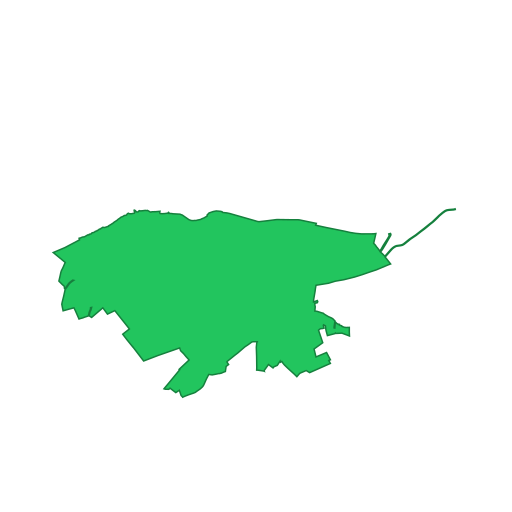 outline of Ikšķile, Ikskiles, Latvia, rotated 141°
{"feature_id": "27541924B16568384003346", "entity_name": "Ikšķile", "entity_type": "district", "adm_level": 2, "iso_a3": "LVA", "parent_name": "Latvia", "parent_adm1": "Ikskiles", "projection": "mercator", "projection_center": [24.5, 56.833], "detail": "fine", "context": "isolated", "style": "filled", "palette": "green", "viewbox_px": 512, "rotation_deg": 141, "n_neighbors": 0, "source": "geoboundaries", "source_scale": "gbopen_adm2", "svg_char_len": 6119}
<svg xmlns="http://www.w3.org/2000/svg" viewBox="0 0 512 512"><g transform="rotate(141 256 256)"><path d="M71.9,166.7L71.6,167.4L72.2,167.6L73.1,168.1L76.7,170.6L78.3,171.5L79.1,171.9L79.8,172.1L80.7,172.3L81.7,172.4L83.9,172.5L88.4,172.4L90.4,172.2L96.4,171.7L97.4,171.6L100.6,171.7L104.2,171.7L107.9,171.7L112.2,171.8L118.6,171.9L126.2,172.6L133.9,172.6L134.3,172.7L135.3,172.9L136.7,173.5L139.2,175.0L140.4,175.7L142.1,176.2L143.7,176.4L145.5,176.4L147.4,176.2L156.0,174.7L156.2,176.5L156.3,177.7L156.4,178.5L156.6,179.6L156.8,180.2L156.8,180.9L156.8,181.1L156.1,180.9L155.4,181.0L153.1,181.7L148.0,183.5L138.4,187.2L138.0,187.5L137.6,188.5L137.4,188.4L137.3,188.9L138.9,189.6L139.1,189.1L139.9,187.8L143.7,186.4L147.1,185.3L150.6,184.1L154.9,182.4L156.4,182.2L156.6,182.3L156.5,186.2L156.6,186.4L156.5,188.0L156.4,189.0L156.4,189.8L156.4,190.1L156.6,191.8L148.7,198.0L150.9,199.4L160.0,206.7L164.3,210.9L168.0,215.0L171.7,219.7L183.4,233.8L190.3,242.4L188.6,243.4L191.3,246.7L196.3,252.8L199.4,256.6L200.5,257.7L205.8,262.0L216.6,271.0L217.6,271.7L218.6,272.3L226.0,276.9L231.8,280.6L232.5,281.2L233.4,282.3L234.4,283.8L249.7,305.6L251.5,307.8L252.9,309.2L254.4,310.7L254.6,311.0L254.5,311.5L254.5,311.8L255.4,313.0L258.5,316.0L261.3,317.5L265.4,319.0L268.3,318.6L268.7,317.8L269.3,317.8L270.8,318.1L272.4,318.3L273.0,318.5L274.6,319.0L275.7,319.2L276.1,319.3L277.3,319.9L279.0,320.8L280.0,321.2L280.6,321.6L281.1,322.1L282.5,323.0L283.2,323.6L283.7,324.1L284.1,324.5L284.3,324.7L284.5,325.2L285.2,326.3L287.5,334.2L288.3,335.5L288.6,336.1L288.9,336.5L294.1,341.2L294.7,342.0L295.1,342.3L295.4,342.6L297.0,344.0L296.4,344.6L296.5,345.0L297.6,344.8L298.7,345.5L300.2,346.4L302.0,347.7L303.8,349.3L303.8,349.7L303.6,350.2L302.9,350.9L302.5,351.2L302.8,351.4L306.1,353.6L307.4,354.6L308.9,355.8L310.2,356.3L310.6,357.1L311.1,358.4L311.7,359.8L312.6,360.3L313.3,361.1L316.2,362.9L317.6,363.9L317.9,364.5L318.4,364.8L319.1,364.4L320.1,364.6L320.9,365.3L321.2,365.9L321.2,366.9L321.3,367.5L321.6,368.2L321.9,368.3L322.4,367.5L322.9,366.2L323.6,365.8L324.8,366.5L326.0,367.1L327.2,368.0L328.1,369.0L328.3,369.6L329.4,369.8L329.9,369.6L330.6,369.4L330.9,369.3L332.0,369.8L332.9,370.4L334.1,370.4L336.9,371.2L338.0,371.1L340.0,371.3L341.5,371.2L345.2,371.6L345.4,371.5L345.9,371.6L346.4,371.5L346.8,371.5L347.5,371.7L348.3,371.7L351.5,372.2L352.1,371.9L352.9,372.4L354.0,372.7L354.6,372.9L354.8,373.1L355.7,373.4L356.1,373.7L356.9,374.7L357.8,374.8L359.0,375.0L359.8,374.9L360.9,375.5L361.6,375.4L362.7,375.5L363.5,375.8L363.9,375.6L365.4,376.3L366.6,376.2L367.9,376.7L368.8,377.2L370.4,377.0L371.8,377.8L372.1,377.6L372.6,377.6L373.5,378.3L377.3,378.9L378.7,379.8L380.1,380.3L381.2,380.5L382.2,381.2L382.4,381.1L383.0,379.6L399.2,382.8L411.4,386.3L408.3,371.0L409.1,370.7L412.1,369.1L414.1,368.1L416.6,367.0L417.5,366.4L418.6,365.6L419.8,364.6L421.3,363.4L422.6,362.4L423.1,362.0L424.0,361.3L424.8,360.7L425.0,360.4L425.0,360.2L424.8,358.7L424.5,355.7L424.1,353.4L424.1,353.2L424.2,352.9L424.9,351.9L425.2,351.5L425.2,351.0L424.9,351.0L423.2,351.3L419.1,352.5L418.5,352.6L417.5,352.7L415.2,352.7L413.6,352.6L413.0,351.8L415.2,352.0L417.5,352.0L418.3,351.9L418.8,351.8L423.1,350.6L424.8,350.2L425.3,350.3L425.4,350.1L427.5,348.4L430.5,346.0L435.8,342.0L437.3,340.7L438.6,338.3L440.4,334.8L434.6,332.3L430.1,330.3L430.8,327.2L433.2,318.4L432.8,318.3L431.8,317.9L430.2,317.2L429.6,316.9L427.9,316.4L424.0,314.9L421.5,316.9L420.8,317.4L420.1,317.8L419.0,318.4L418.2,318.8L417.1,320.0L416.1,319.5L417.8,318.2L418.6,317.7L419.8,317.2L420.4,316.8L421.1,316.3L423.3,314.5L422.9,313.2L422.6,312.2L422.4,311.7L407.7,312.1L407.7,310.7L408.0,304.3L400.1,302.4L400.2,288.2L400.3,279.0L408.8,279.1L408.9,276.2L409.0,271.6L409.0,268.1L409.0,262.9L408.9,262.9L409.2,252.2L409.4,245.1L394.9,240.4L373.2,232.6L374.2,229.9L373.9,227.0L373.8,226.9L373.8,226.0L373.7,225.1L373.7,222.1L373.5,218.7L373.5,217.3L387.1,216.3L387.1,216.2L386.9,215.6L405.1,211.9L410.2,210.9L411.1,210.7L410.3,209.5L407.8,207.4L406.9,207.2L406.0,207.4L404.3,200.3L400.1,199.9L402.0,194.7L401.8,193.0L401.9,192.4L400.3,192.0L398.9,191.6L397.7,191.2L395.8,190.6L392.3,189.3L390.7,188.7L389.0,188.2L386.7,188.1L382.9,187.8L380.1,188.0L379.5,188.1L378.4,188.4L376.5,189.3L372.0,191.6L368.1,193.3L367.3,193.7L364.9,191.2L362.7,190.0L359.0,188.1L358.4,187.6L356.5,186.7L354.2,186.1L352.5,185.5L348.7,189.0L345.6,188.9L345.3,191.9L345.2,192.1L344.9,192.2L340.5,192.2L334.8,192.2L331.1,192.1L321.9,192.4L317.7,192.0L313.4,191.8L312.2,191.2L309.0,188.6L310.3,187.8L313.2,184.9L318.7,177.6L325.8,168.6L327.3,166.9L326.7,166.4L323.1,162.5L322.7,162.0L322.2,161.5L322.1,161.3L322.0,161.6L321.5,161.9L314.6,163.8L313.2,158.3L311.7,158.6L308.3,157.6L303.3,159.2L303.7,158.0L302.3,157.8L302.5,155.9L302.5,153.8L302.4,152.6L301.9,148.6L300.6,140.1L300.2,136.5L296.3,137.2L295.4,137.2L289.1,135.4L287.7,131.6L265.8,125.7L265.2,129.0L263.5,128.5L261.9,136.6L272.9,139.8L269.4,147.2L258.7,146.6L254.1,159.0L251.7,159.0L250.2,157.9L248.6,157.1L247.3,159.8L246.8,160.0L246.0,158.0L247.8,155.2L248.7,153.5L250.6,149.2L243.7,146.1L242.9,146.2L243.0,145.8L237.8,142.0L234.9,137.1L233.7,135.0L231.4,138.1L228.4,141.8L230.9,143.7L232.1,144.9L233.6,147.3L233.3,147.8L234.7,149.9L234.2,150.4L235.2,151.6L235.4,152.1L235.7,153.1L235.8,154.7L238.3,152.3L240.1,150.4L240.6,151.0L239.9,151.8L237.4,154.1L236.2,155.3L235.5,155.8L235.8,159.0L236.4,160.5L237.9,163.4L239.5,167.7L239.7,169.1L240.9,170.8L242.4,173.1L243.3,174.5L244.9,176.2L241.9,179.3L241.2,180.7L240.1,182.2L237.7,181.1L236.7,181.7L236.4,182.8L240.2,184.1L239.0,185.5L232.4,191.3L230.2,193.4L227.8,195.5L216.8,189.2L210.2,186.5L202.7,182.3L192.6,177.6L187.3,175.5L185.0,174.6L177.8,172.0L171.2,169.5L158.8,165.9L156.4,165.1L156.3,173.9L148.1,175.3L145.5,175.7L143.7,175.7L142.3,175.5L140.8,175.2L137.2,173.0L135.5,172.2L134.1,171.9L132.5,171.8L127.0,171.8L125.1,171.8L118.6,171.2L112.2,171.1L108.1,170.9L104.2,170.9L100.5,171.0L97.4,170.9L95.3,171.0L90.6,171.4L88.4,171.7L83.8,171.8L82.7,171.7L80.8,171.6L79.4,171.2L78.6,170.9L77.1,170.0L73.5,167.5L72.5,167.0L71.9,166.7Z" fill="#22c55e" stroke="#15803d" stroke-width="1.5"/></g></svg>